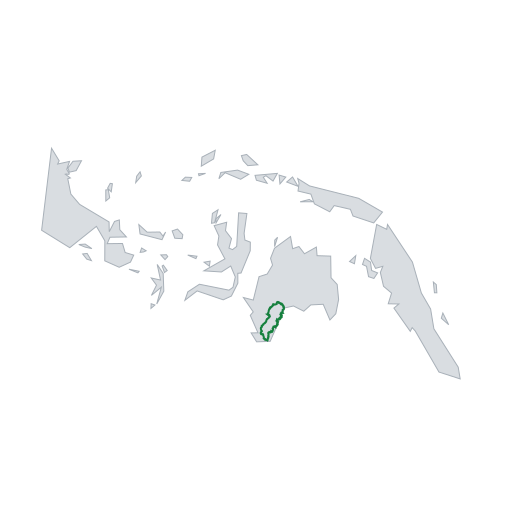 Malinau, Kalimantan Timur, Indonesia (highlighted), rotated 186°
{"feature_id": "22746128B54632748429230", "entity_name": "Malinau", "entity_type": "district", "adm_level": 2, "iso_a3": "IDN", "parent_name": "Indonesia", "parent_adm1": "Kalimantan Timur", "projection": "equal_earth", "projection_center": [115.266, 2.582], "detail": "fine", "context": "in_parent", "style": "outline", "palette": "green", "viewbox_px": 512, "rotation_deg": 186, "n_neighbors": 0, "source": "geoboundaries", "source_scale": "gbopen_adm2", "svg_char_len": 8740}
<svg xmlns="http://www.w3.org/2000/svg" viewBox="0 0 512 512"><g transform="rotate(186 256 256)"><path d="M175.8,200.1L184.1,215.0L196.4,213.1L202.7,206.1L213.5,210.2L221.9,207.4L233.0,172.6L246.4,170.7L252.8,179.0L246.0,179.8L255.5,196.4L252.9,200.1L264.2,213.4L254.1,211.9L250.8,235.8L243.0,239.2L238.6,248.7L241.3,255.2L238.4,265.7L223.7,279.0L220.3,267.1L214.3,269.9L208.0,263.3L196.9,271.2L195.3,262.7L181.7,263.7L179.1,242.2L172.3,236.2L169.3,221.4L170.6,206.9L175.8,200.1ZM40.1,155.1L61.9,159.7L89.8,198.1L93.2,201.1L94.7,197.2L113.4,218.6L108.9,223.2L119.5,222.3L117.3,233.3L126.0,239.2L130.6,252.6L128.8,259.0L135.8,256.2L142.0,265.5L139.3,300.0L128.8,296.2L128.5,301.1L99.8,266.3L87.7,236.5L76.8,221.5L71.5,202.2L43.3,166.6L40.1,155.1ZM471.9,259.2L470.6,341.8L461.7,330.1L462.9,326.7L451.3,330.6L453.3,322.4L450.2,318.1L451.3,317.5L453.1,317.8L454.2,317.4L448.8,314.2L451.3,313.2L446.6,298.2L436.8,288.9L405.7,274.5L404.5,264.8L400.3,275.6L395.7,277.6L394.2,267.9L386.9,261.4L403.2,259.4L405.3,252.7L390.1,254.5L386.5,245.8L377.7,244.1L380.2,236.8L390.9,230.5L405.9,235.4L407.9,255.3L417.8,268.8L442.1,244.8L471.9,259.2ZM320.0,213.3L309.3,222.0L279.3,219.2L275.6,222.5L274.4,233.0L280.1,243.4L288.7,236.5L306.3,235.8L286.6,249.9L295.4,263.0L295.0,272.0L300.8,281.8L288.7,286.5L289.0,278.0L282.2,270.8L283.7,261.0L280.0,259.9L276.2,263.5L277.8,297.1L269.5,297.3L270.2,277.3L268.7,270.7L263.1,269.2L262.3,260.6L269.1,237.5L272.3,236.9L271.2,227.1L276.3,213.6L284.0,209.0L310.9,215.1L322.1,204.5L320.0,213.3ZM142.4,301.2L163.7,305.9L167.0,312.3L183.5,314.3L187.3,307.7L203.4,314.0L207.9,323.3L221.0,325.0L220.8,332.8L222.6,337.4L210.1,331.3L159.9,324.1L134.8,312.9L142.4,301.2ZM346.9,215.1L355.9,205.9L351.9,216.6L357.9,223.2L348.4,222.1L353.4,237.3L346.5,229.0L344.0,211.4L349.7,197.9L346.9,215.1ZM351.2,262.4L373.6,265.8L375.8,275.0L366.7,268.3L354.2,269.8L350.6,266.1L348.4,270.4L351.2,262.4ZM299.7,335.4L283.3,339.5L271.7,336.5L279.3,330.7L295.4,335.6L301.0,329.0L299.7,335.4ZM252.5,329.5L263.5,331.4L265.4,336.1L243.4,340.4L246.9,332.3L254.5,336.9L257.0,335.1L252.5,329.5ZM319.8,339.6L320.1,348.7L307.6,356.9L308.3,348.1L319.8,339.6ZM141.9,247.2L145.0,257.3L149.2,258.7L147.8,265.0L141.5,261.9L139.5,253.7L133.3,251.9L136.4,246.0L141.9,247.2ZM447.9,331.1L439.5,332.5L443.8,322.1L450.3,319.9L452.3,323.8L447.9,331.1ZM273.6,345.0L278.7,349.4L281.0,354.3L275.9,356.0L263.7,346.9L273.6,345.0ZM338.6,265.2L342.0,272.2L336.9,274.6L331.0,269.5L331.3,265.5L338.6,265.2ZM221.5,329.7L233.2,332.8L227.9,338.4L221.5,329.7ZM239.7,330.2L241.5,338.9L234.6,337.6L239.7,330.2ZM162.4,260.3L156.8,266.8L157.3,258.6L162.4,260.3ZM411.1,295.0L412.3,306.0L409.8,306.5L407.6,298.6L411.1,295.0ZM217.8,314.5L208.9,317.8L205.1,315.9L217.8,314.5ZM303.7,283.9L303.8,293.8L298.6,298.0L300.7,284.7L303.7,283.9ZM57.2,207.8L65.2,213.5L64.2,218.8L57.2,207.8ZM76.9,248.6L73.7,246.4L72.3,238.3L74.7,238.1L76.9,248.6ZM380.1,327.6L378.4,323.6L383.3,316.4L383.0,322.9L380.1,327.6ZM371.7,226.9L381.0,229.6L370.6,228.6L371.7,226.9ZM315.5,247.1L324.0,249.8L314.7,249.6L315.5,247.1ZM299.8,288.7L295.2,293.6L299.2,284.7L299.8,288.7ZM419.2,234.2L424.0,235.2L428.6,239.9L424.2,240.9L419.2,234.2ZM337.6,323.4L334.5,327.0L328.1,327.4L329.8,323.4L337.6,323.4ZM410.7,307.9L408.6,313.0L406.4,312.9L406.7,304.7L410.7,307.9ZM350.8,247.1L345.2,247.9L343.7,246.2L346.1,242.9L350.8,247.1ZM420.0,246.2L426.9,247.0L433.4,248.9L427.1,250.0L420.0,246.2ZM301.3,241.0L307.0,244.4L301.1,246.1L301.3,241.0ZM355.3,197.6L351.4,196.7L355.0,192.9L355.3,197.6ZM314.8,332.9L321.1,329.9L321.8,331.8L314.8,332.9ZM371.6,247.5L370.6,252.0L365.8,249.7L368.2,248.3L371.6,247.5ZM239.0,273.8L236.5,276.9L238.5,267.3L239.0,273.8ZM345.3,230.0L348.3,236.2L347.2,237.2L342.8,232.3L345.3,230.0Z" fill="#d9dde1" stroke="#a8b0b8" stroke-width="1"/><path d="M238.6,199.1L238.3,198.9L238.1,198.8L237.7,198.6L237.5,198.8L237.2,198.3L236.9,198.3L236.5,198.6L236.2,198.0L236.0,197.6L235.9,197.2L236.0,197.1L236.3,197.2L236.5,196.9L236.6,196.5L236.8,196.0L237.0,195.9L237.0,195.7L237.6,195.3L237.8,194.9L238.2,194.3L238.4,194.2L238.4,194.4L238.5,194.4L238.8,193.6L239.0,193.1L239.0,192.9L239.0,192.2L239.1,191.7L239.4,191.4L239.5,191.1L239.8,190.9L239.8,190.7L240.1,190.5L240.1,190.2L240.3,190.0L240.7,189.9L241.1,189.4L241.5,189.1L241.5,188.8L241.7,188.7L241.7,188.4L241.9,188.3L242.0,188.1L242.2,187.7L242.4,187.5L243.0,187.3L243.1,186.9L242.9,186.5L242.8,186.4L243.0,185.8L243.0,185.6L243.6,185.2L243.6,184.8L243.6,184.5L243.6,184.1L243.3,183.4L243.3,183.2L243.0,182.8L242.9,182.5L242.8,182.4L242.6,182.3L242.7,182.0L242.5,181.7L242.9,181.5L242.9,181.2L243.0,180.8L242.9,180.7L243.0,180.5L243.1,180.4L243.2,180.2L243.3,180.0L243.2,179.8L243.2,179.6L243.0,179.4L242.9,179.0L242.7,178.8L242.2,178.8L241.5,179.0L241.5,178.9L241.4,178.6L241.1,178.6L240.8,178.2L240.6,178.3L240.5,178.0L240.5,177.8L240.4,177.6L240.0,176.7L239.8,176.3L239.7,175.9L239.6,175.3L239.7,175.1L239.3,174.9L239.3,174.6L239.2,174.5L239.1,174.3L239.0,174.2L238.8,174.4L238.7,174.3L238.6,174.5L238.2,174.4L238.2,174.2L237.9,174.1L237.7,174.0L237.7,173.9L237.6,173.6L237.4,173.6L237.2,173.5L236.8,173.5L236.7,173.7L236.3,174.0L236.2,173.9L235.9,173.8L235.8,173.6L235.7,173.5L235.6,173.8L235.7,174.4L235.6,174.8L235.5,175.1L235.5,175.5L235.3,175.6L235.2,175.9L235.2,176.4L235.3,176.5L235.2,176.6L235.1,177.0L235.3,177.1L235.3,177.6L235.5,177.8L235.5,178.1L235.3,178.2L235.2,179.0L235.4,179.5L235.6,179.9L235.5,180.2L235.8,180.7L235.7,181.1L235.1,181.5L234.9,181.8L234.6,181.7L234.4,181.5L234.1,181.5L234.2,181.8L233.8,181.9L233.7,182.1L233.3,182.2L233.2,182.6L232.8,182.2L232.6,182.3L232.4,182.6L232.3,182.1L232.2,182.1L232.0,182.4L231.8,182.7L231.8,182.8L231.7,183.1L231.7,183.6L231.6,184.0L231.5,184.6L231.6,184.9L231.4,184.9L231.5,185.3L231.9,185.6L231.9,185.8L231.7,186.0L231.6,185.9L231.5,186.3L231.4,186.4L231.4,186.7L231.4,187.0L231.3,187.4L231.2,187.4L231.1,187.5L230.8,187.4L230.7,187.4L230.7,187.6L230.5,187.8L230.3,188.0L230.1,187.9L230.1,188.0L229.9,188.0L229.7,188.1L229.6,187.8L229.6,187.6L229.4,187.2L229.2,187.1L229.2,187.4L229.0,187.8L228.9,187.9L228.9,188.0L228.8,188.3L228.5,188.3L228.3,188.6L228.1,188.7L228.0,188.9L228.0,189.0L228.0,189.4L227.9,189.4L227.9,189.6L227.7,189.7L227.7,189.8L227.4,190.0L227.7,190.3L227.9,190.2L228.0,190.4L227.9,190.6L227.9,190.9L227.9,191.0L227.5,191.3L227.4,191.6L227.6,191.7L227.6,191.8L227.7,192.2L227.6,192.4L227.5,192.5L227.4,192.5L227.4,192.8L227.6,192.8L227.6,193.0L227.8,193.0L227.9,192.9L228.0,192.7L228.1,192.8L228.2,192.7L228.3,192.9L228.4,193.1L228.6,193.2L228.6,193.3L228.7,193.6L228.8,193.7L228.9,193.8L228.9,194.0L228.5,194.4L228.5,194.5L228.3,194.3L227.9,194.4L227.8,194.7L227.7,194.7L227.6,194.8L227.5,195.1L227.5,195.3L227.1,195.3L227.0,195.5L226.9,195.5L226.8,195.8L226.6,195.9L226.5,196.0L226.4,196.0L226.3,195.8L226.2,195.8L226.1,196.0L226.1,196.5L226.2,196.8L225.8,197.2L225.3,197.1L224.9,197.4L224.8,197.1L224.7,197.3L224.7,197.5L224.5,197.9L224.4,198.0L224.1,198.0L224.1,198.3L224.1,198.5L224.1,198.8L224.3,198.7L224.6,198.6L224.9,198.8L224.8,199.1L224.7,199.3L224.8,199.7L224.6,199.7L224.7,200.2L224.9,200.1L225.2,199.9L225.5,200.2L225.4,200.3L225.3,200.6L225.1,200.8L225.1,201.0L225.4,201.4L225.4,201.6L225.2,201.8L224.8,201.8L224.8,202.0L224.6,202.2L224.6,202.4L224.4,202.4L224.2,202.1L224.0,202.3L223.9,202.3L224.0,202.4L224.0,202.6L223.8,202.8L223.7,202.9L223.8,203.1L223.8,203.4L223.8,203.5L223.9,204.1L223.8,204.5L223.8,205.1L223.6,205.1L223.5,205.4L223.4,205.5L223.2,205.7L222.9,205.9L222.9,206.1L222.8,206.4L222.9,206.6L222.8,206.8L222.8,207.0L222.7,207.1L222.7,207.3L222.8,207.4L222.8,207.5L223.1,207.7L223.1,207.8L223.1,208.0L223.1,208.4L223.3,208.4L223.4,208.7L223.6,208.6L223.7,208.9L223.8,209.0L223.9,209.3L223.9,209.7L224.0,209.8L224.3,210.0L224.6,210.6L225.1,211.0L225.2,210.8L225.5,210.5L225.9,210.9L226.3,210.7L226.4,210.8L226.4,211.2L226.5,211.3L226.6,211.6L227.0,211.7L227.3,211.7L227.7,211.6L227.9,211.7L228.2,211.7L228.3,212.1L228.3,212.3L228.7,212.5L229.1,212.6L229.3,212.6L229.4,212.4L229.5,212.4L230.0,212.4L230.1,211.9L230.3,211.8L230.4,211.6L230.5,211.4L230.5,211.2L230.4,211.0L230.4,210.9L230.4,210.7L230.5,210.7L230.6,210.4L231.2,210.0L231.8,209.8L232.2,209.6L232.5,209.6L233.2,209.9L233.3,209.8L233.5,209.8L233.8,209.8L233.8,209.3L233.7,209.0L233.8,208.7L234.0,208.6L234.2,208.4L234.4,208.5L234.6,208.1L234.6,207.9L234.6,207.7L235.0,207.3L235.1,207.2L235.6,207.0L235.6,206.9L235.6,206.7L236.1,206.5L236.4,206.1L236.4,205.8L236.3,205.6L236.4,205.4L236.7,204.9L237.0,204.7L237.1,204.9L237.2,204.6L237.3,204.5L237.3,204.3L237.5,203.7L237.5,203.4L237.7,202.6L237.6,202.1L237.7,201.6L237.8,201.0L237.8,200.7L238.0,200.5L238.2,200.3L238.2,200.1L238.1,199.8L238.1,199.3L238.2,199.2L238.6,199.1Z" fill="none" stroke="#15803d" stroke-width="2"/></g></svg>